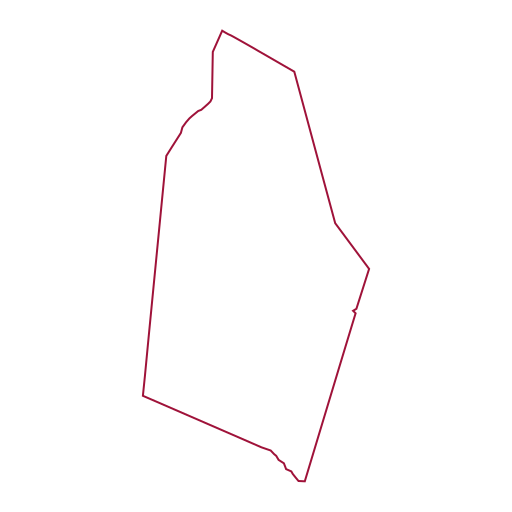 Pedro Avelino, Rio Grande do Norte, Brazil
{"feature_id": "56859067B85283372210040", "entity_name": "Pedro Avelino", "entity_type": "district", "adm_level": 2, "iso_a3": "BRA", "parent_name": "Brazil", "parent_adm1": "Rio Grande do Norte", "projection": "equal_earth", "projection_center": [-36.335, -5.465], "detail": "fine", "context": "isolated", "style": "outline", "palette": "rose", "viewbox_px": 512, "rotation_deg": 0, "n_neighbors": 0, "source": "geoboundaries", "source_scale": "gbopen_adm2", "svg_char_len": 716}
<svg xmlns="http://www.w3.org/2000/svg" viewBox="0 0 512 512"><path d="M142.9,395.8L253.4,443.8L261.4,447.3L270.7,450.5L274.2,454.2L276.2,455.8L278.6,459.9L283.9,463.3L286.1,469.1L291.3,471.4L292.8,474.0L295.6,477.5L298.5,481.0L304.8,481.3L330.0,397.8L340.3,363.7L352.7,322.8L355.6,313.3L353.1,310.8L356.4,308.8L369.1,268.9L335.2,223.2L321.1,171.1L294.3,71.7L257.9,50.7L254.2,48.5L238.5,39.6L233.5,36.8L230.7,35.3L228.2,34.2L225.0,32.4L222.2,30.7L212.8,51.9L212.0,98.2L210.4,101.5L208.1,103.8L201.3,109.8L198.2,111.0L195.4,113.3L192.2,115.9L189.4,118.4L186.1,122.2L182.4,127.3L180.9,132.9L171.9,147.0L166.3,155.9L154.3,278.9L148.5,338.5L144.9,376.2L142.9,395.8Z" fill="none" stroke="#9f1239" stroke-width="2"/></svg>